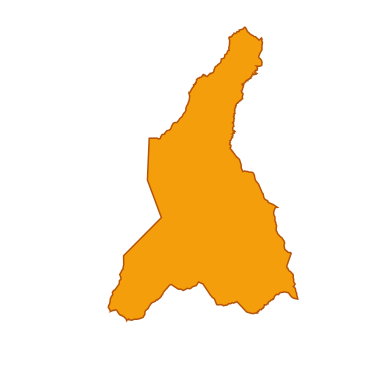 Tano South Municipal, Brong Ahafo, Ghana (Robinson projection), rotated 160°
{"feature_id": "2480657B7981851544250", "entity_name": "Tano South Municipal", "entity_type": "district", "adm_level": 2, "iso_a3": "GHA", "parent_name": "Ghana", "parent_adm1": "Brong Ahafo", "projection": "robinson", "projection_center": [-2.05, 7.161], "detail": "fine", "context": "isolated", "style": "filled", "palette": "amber", "viewbox_px": 384, "rotation_deg": 160, "n_neighbors": 0, "source": "geoboundaries", "source_scale": "gbopen_adm2", "svg_char_len": 5987}
<svg xmlns="http://www.w3.org/2000/svg" viewBox="0 0 384 384"><g transform="rotate(160 192 192)"><path d="M213.8,257.2L229.8,218.5L229.5,178.4L278.1,155.5L281.0,147.1L282.3,145.1L283.1,143.2L283.6,143.2L288.2,139.1L288.0,137.2L288.3,136.4L288.1,135.8L288.4,134.7L289.0,134.0L290.4,133.7L291.8,130.7L292.8,129.8L298.2,126.2L298.8,126.4L300.5,125.5L301.1,124.9L301.7,122.4L303.0,121.8L305.3,119.5L306.7,116.6L308.2,114.5L309.0,114.1L310.1,112.2L309.4,109.0L309.7,107.8L309.2,108.1L308.4,107.6L306.8,107.8L305.7,107.3L304.4,107.6L303.3,106.9L302.1,101.7L300.9,100.3L300.3,100.2L300.1,99.6L298.6,97.9L297.4,95.3L297.4,93.5L296.7,94.1L296.5,93.9L295.7,94.0L295.7,94.6L295.4,94.0L295.0,94.2L294.7,93.3L293.6,92.9L293.0,92.3L291.9,92.1L289.5,92.2L287.9,91.4L285.1,90.9L281.0,90.9L278.3,93.0L277.0,95.7L276.3,96.4L272.9,97.6L271.4,99.2L268.7,101.1L267.1,101.7L263.8,101.9L262.4,102.8L261.6,102.3L258.1,103.6L256.6,104.3L256.4,104.9L255.5,105.6L254.7,105.6L254.5,106.3L253.0,107.6L249.7,109.6L248.6,109.9L247.8,110.7L247.0,110.9L245.2,112.1L243.2,112.3L238.2,105.5L237.7,105.1L235.8,104.6L233.8,102.4L229.6,103.1L227.5,102.0L226.3,101.8L224.5,102.6L222.8,102.8L220.0,102.6L216.6,105.2L213.1,101.8L210.0,89.1L209.0,86.1L207.5,84.0L207.3,77.7L205.5,76.8L204.0,76.6L202.4,75.7L201.3,74.3L199.4,74.2L198.6,73.8L196.9,73.9L195.5,74.6L194.4,73.9L193.6,73.8L192.1,74.2L190.8,73.3L189.6,73.6L188.6,73.3L187.3,73.7L181.7,60.6L177.4,57.4L175.1,56.5L172.5,56.6L172.4,56.0L172.0,56.2L171.6,56.0L171.2,57.3L170.2,57.0L169.5,57.8L168.3,58.3L167.2,57.6L166.3,58.4L165.7,58.3L165.4,58.7L165.0,58.5L164.0,59.0L163.9,59.5L162.6,60.8L162.5,61.3L161.1,60.5L159.8,61.0L158.8,60.9L158.4,62.0L157.9,62.4L155.7,62.8L154.6,63.5L153.7,63.2L152.9,63.9L152.1,63.4L150.4,65.4L149.2,66.2L147.3,66.9L146.4,66.2L145.6,66.0L144.6,67.0L142.9,67.2L140.8,66.6L139.5,66.7L135.8,64.3L135.0,61.1L133.8,58.5L132.5,57.2L129.2,55.2L128.9,57.8L128.9,59.4L128.3,60.8L128.5,63.2L128.0,65.3L128.1,66.7L129.1,68.6L128.2,68.9L126.6,70.2L127.2,72.8L126.2,75.6L126.2,77.4L125.5,78.5L125.2,80.0L126.9,83.9L127.7,84.7L128.0,85.7L128.0,87.6L128.7,88.4L128.0,90.4L119.8,100.4L120.2,101.5L121.5,101.7L121.9,102.3L122.7,102.7L123.2,104.5L123.8,105.1L124.4,106.6L123.9,110.0L123.3,111.3L122.4,112.2L122.3,114.6L123.2,118.2L124.7,120.6L125.8,123.6L125.7,125.2L126.1,126.8L125.3,129.1L124.1,131.2L124.1,133.1L123.7,134.9L124.0,136.7L123.2,138.3L122.6,140.4L122.9,141.9L122.7,143.8L121.4,146.3L119.6,148.3L118.8,148.8L117.0,148.4L119.8,152.2L124.0,156.2L123.8,156.9L124.0,158.1L125.3,159.3L126.0,160.4L126.4,162.2L125.8,165.9L126.3,167.3L126.8,176.7L128.2,180.5L128.3,183.1L127.7,186.1L127.9,188.8L128.7,189.9L131.9,191.4L132.8,192.4L134.1,192.7L135.2,193.7L137.3,193.9L137.5,197.7L136.5,201.1L136.3,206.4L137.7,209.3L138.2,209.6L139.0,213.0L139.4,213.9L139.7,215.6L140.4,216.2L140.2,217.3L141.3,219.8L141.0,220.6L140.1,221.0L139.8,221.6L139.7,222.6L140.0,223.1L139.7,223.1L140.3,224.3L139.0,225.5L138.9,227.2L137.6,227.4L136.8,228.8L135.2,229.4L135.1,229.7L135.5,229.8L135.5,230.3L134.3,230.9L133.9,232.4L134.2,232.6L133.7,232.7L133.4,233.1L132.5,232.9L132.8,233.8L131.9,234.1L131.6,233.9L131.3,234.6L131.1,234.5L131.5,235.4L132.4,235.5L132.5,236.8L132.0,237.6L131.8,238.4L130.7,239.4L130.2,239.4L129.9,241.5L129.3,242.9L130.0,243.2L128.4,244.2L127.9,245.7L127.1,246.6L127.0,247.0L127.4,247.6L127.1,248.4L126.6,248.8L126.8,249.1L126.3,249.2L125.9,250.4L125.2,250.9L125.4,251.2L124.7,251.2L124.6,252.7L123.9,253.7L123.7,254.2L123.9,254.4L123.6,255.2L122.6,256.4L122.2,256.4L121.8,257.6L121.3,257.8L121.5,258.0L121.0,258.2L120.5,259.3L118.9,260.2L118.7,259.9L117.8,260.3L116.7,261.1L116.1,261.0L115.3,261.6L114.9,261.4L113.7,262.2L112.5,262.3L112.4,263.9L110.4,266.8L111.3,268.8L110.9,269.3L111.0,270.1L109.8,270.7L108.7,272.5L107.7,273.4L107.5,274.5L108.2,275.3L107.9,276.3L107.3,276.2L107.0,275.1L106.8,275.0L105.8,276.5L103.6,277.2L103.2,278.1L102.5,278.0L102.3,278.3L101.5,278.0L101.4,277.7L100.6,278.6L99.9,278.5L99.6,278.9L99.1,278.7L98.1,278.8L98.0,279.3L97.6,279.2L97.6,279.7L96.3,280.1L96.0,281.1L95.1,281.7L94.6,281.5L94.2,282.4L93.8,281.0L93.4,281.1L91.3,280.8L91.1,281.0L90.4,281.1L90.8,281.7L91.7,281.9L92.1,283.6L90.6,284.6L90.4,284.0L89.9,284.2L88.7,284.1L89.2,284.4L88.8,284.8L88.7,285.4L88.4,285.4L88.0,286.0L88.0,287.8L88.3,288.3L85.6,287.0L83.2,287.1L81.9,289.8L81.7,291.7L82.3,293.9L83.2,295.2L83.1,296.4L80.1,299.7L77.6,301.7L76.3,305.5L74.6,308.4L74.7,310.6L74.1,311.1L73.9,312.1L74.0,313.0L77.0,311.7L79.1,316.0L80.5,316.9L81.2,318.0L83.6,320.8L84.0,322.2L85.0,323.7L85.3,327.4L85.9,328.8L86.6,328.8L86.9,328.3L87.8,328.1L88.1,327.7L92.4,328.0L92.8,326.7L95.0,327.2L95.5,326.5L96.8,326.0L98.0,326.8L98.1,326.4L100.4,325.6L100.8,324.9L101.5,324.8L101.9,324.4L103.2,324.4L103.3,324.9L104.1,324.7L104.7,324.1L104.8,321.1L105.6,319.9L105.7,318.7L106.3,318.2L107.0,316.3L108.1,315.1L108.6,312.5L109.5,312.8L111.3,311.2L112.0,310.0L114.1,309.8L114.7,308.4L116.2,306.8L119.0,307.0L119.8,305.2L121.1,303.6L124.3,302.8L125.0,302.1L126.6,302.0L127.4,301.6L128.7,300.2L128.7,299.9L129.5,299.4L129.8,298.3L131.2,297.1L132.3,297.1L132.9,296.8L133.8,297.1L134.0,296.8L134.4,297.3L138.2,295.3L139.4,296.4L139.6,297.1L140.8,297.2L140.6,297.9L141.3,298.0L141.2,298.5L141.5,298.5L144.0,296.7L145.7,297.0L146.6,296.5L147.4,296.9L149.4,296.0L149.5,295.2L150.5,294.1L150.4,293.6L151.1,293.1L151.5,293.3L151.8,293.1L152.0,292.2L152.5,292.5L153.8,292.2L153.7,291.8L154.0,291.5L153.8,291.3L154.3,290.6L156.1,289.8L156.4,289.2L157.4,288.7L158.2,287.7L158.7,287.6L158.9,287.1L159.8,286.5L160.1,286.6L160.4,286.2L160.9,286.5L161.2,285.5L161.3,283.3L162.0,281.6L163.8,278.3L164.2,278.2L165.7,276.2L167.5,274.7L168.5,273.6L169.4,272.2L169.6,271.0L171.7,269.1L172.6,268.9L173.9,267.9L175.5,266.2L177.5,265.6L182.3,262.4L183.8,263.0L185.9,263.1L187.6,261.8L190.5,258.6L192.0,257.9L194.6,258.2L197.3,256.7L198.1,255.7L200.0,256.2L200.9,255.9L202.3,254.7L203.6,253.1L205.3,253.3L206.3,254.5L213.8,257.2Z" fill="#f59e0b" stroke="#b45309" stroke-width="1.5"/></g></svg>